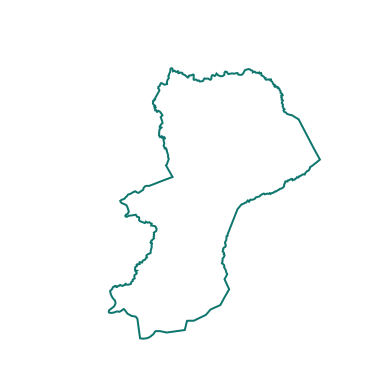 the district of Cedros, Francisco Morazán, Honduras, rotated 333°
{"feature_id": "27666195B52498637855734", "entity_name": "Cedros", "entity_type": "district", "adm_level": 2, "iso_a3": "HND", "parent_name": "Honduras", "parent_adm1": "Francisco Morazán", "projection": "albers", "projection_center": [-87.205, 14.525], "detail": "fine", "context": "isolated", "style": "outline", "palette": "teal", "viewbox_px": 384, "rotation_deg": 333, "n_neighbors": 0, "source": "geoboundaries", "source_scale": "gbopen_adm2", "svg_char_len": 6022}
<svg xmlns="http://www.w3.org/2000/svg" viewBox="0 0 384 384"><g transform="rotate(333 192 192)"><path d="M85.8,280.1L79.3,298.8L82.0,300.6L85.4,301.8L88.4,302.1L93.1,301.1L95.7,299.6L96.5,299.5L100.3,301.4L105.6,305.7L122.9,311.7L129.1,304.5L135.2,307.5L148.6,307.8L155.2,305.1L165.9,305.6L173.2,300.6L180.9,295.6L181.4,284.5L186.0,281.3L186.1,280.9L186.0,279.6L186.6,276.7L186.4,273.6L187.2,272.7L187.4,271.7L186.9,270.1L186.3,269.3L186.3,268.9L187.6,268.0L187.9,266.9L188.4,266.5L189.1,265.1L190.5,264.7L192.2,263.3L192.4,262.6L192.0,261.9L192.8,261.2L192.9,260.7L192.3,259.0L193.0,258.0L193.6,257.8L194.0,256.6L195.2,256.0L196.6,256.1L197.7,255.3L197.7,254.3L198.3,253.7L198.2,252.8L198.6,251.8L200.7,250.4L202.7,247.1L203.6,247.3L204.0,247.0L204.4,246.0L224.7,228.0L230.3,225.6L232.8,225.8L234.1,225.6L235.4,226.0L237.8,224.8L238.2,225.3L238.2,226.3L238.4,226.6L240.5,225.3L241.5,226.1L244.5,226.7L246.3,225.8L249.9,226.5L250.8,226.4L252.0,225.9L255.0,225.9L255.7,226.4L255.9,227.2L258.1,227.5L259.5,228.5L260.7,228.3L261.0,229.4L261.9,229.1L264.6,229.6L265.1,229.3L266.4,229.2L266.8,229.6L267.2,229.7L268.6,229.4L270.1,229.5L271.7,229.1L273.4,229.6L275.8,229.1L276.6,228.7L277.0,228.3L277.5,227.1L278.6,226.5L279.3,225.4L280.2,225.0L280.6,225.0L281.3,225.8L281.9,226.0L282.8,225.2L284.2,225.6L285.5,225.4L286.7,225.5L287.0,225.7L286.8,226.7L287.0,227.3L288.2,227.1L289.0,227.6L290.2,227.1L291.4,227.1L292.2,226.5L293.5,227.4L294.3,226.7L295.7,226.9L298.8,226.6L300.4,227.6L300.8,227.3L300.9,226.9L304.0,225.6L305.6,225.8L306.3,225.5L307.9,224.3L308.3,223.5L311.2,223.2L320.7,221.2L320.3,208.5L320.0,175.7L315.8,168.8L313.7,167.2L312.2,165.6L311.7,163.8L310.5,162.3L310.5,161.0L312.0,160.3L311.3,159.1L311.7,158.2L311.5,156.9L312.7,155.6L312.4,153.4L314.5,151.7L313.8,150.5L314.4,150.1L314.4,149.0L315.0,148.4L314.7,147.9L315.2,147.4L315.2,146.7L315.5,146.6L316.5,147.0L316.9,146.8L316.7,145.2L315.9,143.8L316.7,142.5L316.3,141.1L316.7,140.1L316.4,138.7L315.8,138.7L315.6,138.4L316.2,137.9L316.2,137.7L315.7,137.3L315.5,136.8L315.0,136.6L314.8,135.9L313.8,136.1L313.5,135.8L313.4,135.0L314.3,133.9L313.4,133.2L313.5,130.0L312.8,128.7L313.5,127.6L312.5,127.0L311.9,127.2L310.8,126.2L309.2,125.7L308.7,125.2L308.7,124.8L309.2,123.9L308.5,123.6L308.5,122.4L308.2,121.5L306.8,119.5L307.6,117.8L307.6,117.3L307.1,117.0L306.1,117.0L306.1,116.0L305.2,116.2L304.6,115.5L303.1,114.8L302.5,113.2L300.5,113.0L300.9,112.1L300.8,111.1L299.7,110.2L299.1,108.8L298.6,108.4L296.9,107.8L294.5,107.5L291.0,109.8L289.9,110.1L288.9,109.9L286.6,108.5L286.5,106.6L283.0,105.6L281.6,104.5L277.9,103.4L277.6,102.5L277.7,101.2L276.4,99.8L275.2,100.3L274.0,102.3L271.9,102.6L270.3,102.0L268.4,100.1L267.6,97.6L265.8,98.8L264.9,99.0L263.8,97.4L263.2,97.1L262.5,97.3L261.9,97.8L260.5,100.0L259.5,100.4L259.1,100.2L257.8,98.2L255.5,97.2L254.7,96.5L253.7,96.8L253.3,97.4L252.0,98.1L249.1,97.1L248.7,95.7L248.3,95.4L247.5,95.4L246.5,93.5L245.0,93.1L244.5,92.7L244.7,92.0L246.7,88.6L246.5,88.1L245.9,87.7L244.1,87.7L242.3,86.9L241.8,87.1L240.9,88.2L240.1,88.0L238.8,84.6L237.1,82.6L237.4,81.7L237.3,81.2L235.6,80.3L234.1,80.2L233.8,79.6L234.5,78.9L234.3,77.9L232.5,77.9L232.0,77.4L231.6,76.1L229.9,75.9L230.5,73.8L230.4,72.8L230.0,72.4L229.2,72.3L228.6,72.6L227.3,74.9L225.2,76.5L224.4,77.6L223.5,77.9L223.1,80.0L221.1,81.0L219.6,82.5L218.8,84.5L216.2,83.9L214.1,80.9L213.2,81.2L211.0,83.0L209.8,83.0L209.0,84.2L209.3,85.9L208.9,86.9L202.0,91.5L201.4,92.5L200.4,92.4L200.1,93.3L198.8,93.1L197.3,95.5L197.6,97.1L198.3,98.4L198.0,98.8L197.0,99.0L197.1,99.6L197.9,100.2L196.6,101.0L196.9,102.1L196.4,102.6L197.2,103.2L197.2,104.7L197.7,104.8L198.8,104.3L199.7,105.6L200.1,106.6L200.5,110.2L198.1,111.1L197.6,115.2L197.0,117.3L195.2,117.7L192.7,119.2L192.7,119.6L193.9,120.3L194.1,120.7L191.3,121.6L190.4,123.2L189.3,124.7L188.9,125.9L188.2,126.7L188.5,127.8L188.5,128.6L189.8,128.5L189.8,129.6L190.8,129.4L190.7,130.5L192.1,130.5L192.4,131.2L192.1,132.0L191.0,132.0L190.2,132.6L189.3,136.3L187.6,138.0L187.8,140.0L187.4,140.8L187.8,141.1L188.6,141.0L188.7,141.9L188.4,142.4L188.6,143.4L188.2,143.8L188.1,144.6L187.9,144.9L187.9,145.9L187.3,148.7L186.5,149.9L186.4,151.9L182.2,155.9L180.9,156.4L181.5,169.8L173.2,168.8L156.4,167.1L154.9,166.1L153.0,165.6L150.7,166.4L149.6,167.8L144.1,168.5L142.8,167.5L142.4,166.6L141.5,165.4L140.6,165.6L139.2,165.4L137.1,165.7L133.7,165.3L131.9,166.3L130.2,166.6L129.2,167.3L127.6,167.3L125.9,167.0L124.0,167.3L123.9,168.5L124.3,169.9L127.0,173.1L127.6,174.2L127.5,176.9L126.7,181.0L124.9,182.1L122.9,182.3L122.0,182.7L121.7,183.0L122.0,184.1L122.5,184.5L125.1,184.5L128.5,185.8L131.6,186.7L131.8,189.2L133.2,190.2L133.3,190.6L133.2,191.2L132.2,192.8L132.1,193.5L132.3,194.2L135.8,198.2L136.3,198.2L137.4,197.5L138.5,199.2L140.2,199.5L140.8,200.8L141.7,201.9L140.4,203.3L142.4,204.7L143.6,205.9L143.9,206.6L143.6,207.2L143.8,208.8L142.4,210.5L139.5,210.9L139.2,212.1L138.6,212.5L138.5,213.8L137.4,214.4L137.1,216.1L134.9,216.6L134.3,217.1L133.7,216.9L132.1,218.2L132.1,218.7L133.0,219.3L132.9,220.0L131.6,221.3L131.2,222.7L128.5,225.6L127.5,227.5L126.7,227.6L124.7,227.4L122.6,227.8L122.3,228.3L122.2,229.9L120.9,230.0L119.5,231.0L117.0,230.8L115.5,232.2L113.5,230.7L113.1,231.0L112.9,232.1L112.6,232.5L111.6,232.0L110.9,232.0L110.4,231.5L109.7,231.6L109.4,232.9L107.3,233.2L105.8,235.6L105.8,236.2L106.9,237.0L106.0,237.1L105.7,237.3L106.1,238.6L105.9,239.3L105.2,239.7L103.2,239.9L102.4,240.6L101.7,243.0L100.0,243.0L99.3,243.3L98.9,244.4L97.3,244.5L95.6,246.2L93.1,245.6L92.1,245.2L91.7,244.8L91.2,243.6L90.7,243.7L90.0,244.4L89.0,244.1L87.4,244.2L85.8,242.2L85.0,242.6L83.7,242.1L82.7,242.6L81.6,242.4L81.4,242.2L81.6,241.3L80.6,240.7L79.6,241.0L78.4,240.9L76.4,242.4L74.1,243.0L73.3,246.0L73.1,248.6L73.3,250.8L74.1,253.9L73.7,255.5L73.2,256.6L71.7,257.9L70.2,258.7L64.6,259.7L63.7,260.6L63.3,261.5L64.0,262.4L65.9,263.4L68.7,264.1L70.5,264.2L71.6,264.8L73.0,265.8L75.5,265.7L77.9,265.2L78.5,266.2L79.2,270.6L79.5,271.5L82.0,275.1L85.2,277.4L85.8,280.1Z" fill="none" stroke="#0f766e" stroke-width="2"/></g></svg>